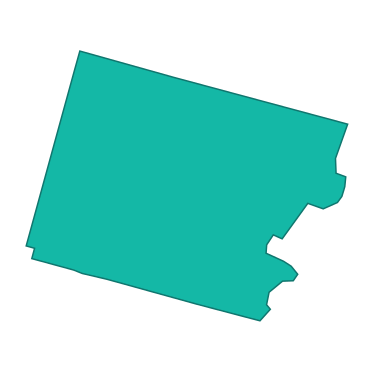 Polk, Oregon, United States of America (orthographic projection), rotated 15°
{"feature_id": "52423323B47830259529939", "entity_name": "Polk", "entity_type": "district", "adm_level": 2, "iso_a3": "USA", "parent_name": "United States of America", "parent_adm1": "Oregon", "projection": "orthographic", "projection_center": [-123.256, 44.898], "detail": "fine", "context": "isolated", "style": "filled", "palette": "teal", "viewbox_px": 384, "rotation_deg": 15, "n_neighbors": 0, "source": "geoboundaries", "source_scale": "gbopen_adm2", "svg_char_len": 591}
<svg xmlns="http://www.w3.org/2000/svg" viewBox="0 0 384 384"><g transform="rotate(15 192 192)"><path d="M324.8,86.2L144.6,86.0L144.1,86.0L47.2,84.9L47.0,104.0L45.8,287.0L54.5,287.1L54.5,297.8L97.8,298.0L107.1,299.1L132.4,298.3L225.9,299.1L277.0,298.9L291.0,298.8L298.0,285.0L293.2,281.6L292.4,268.9L302.5,254.7L312.8,251.5L315.4,244.1L307.0,238.0L298.3,235.2L279.4,232.0L277.8,223.7L281.6,212.4L291.2,213.9L306.8,173.0L323.1,174.3L335.2,164.5L337.9,157.5L338.1,151.7L338.2,147.3L336.6,137.6L326.3,136.6L321.9,122.4L324.8,86.2Z" fill="#14b8a6" stroke="#0f766e" stroke-width="1.5"/></g></svg>